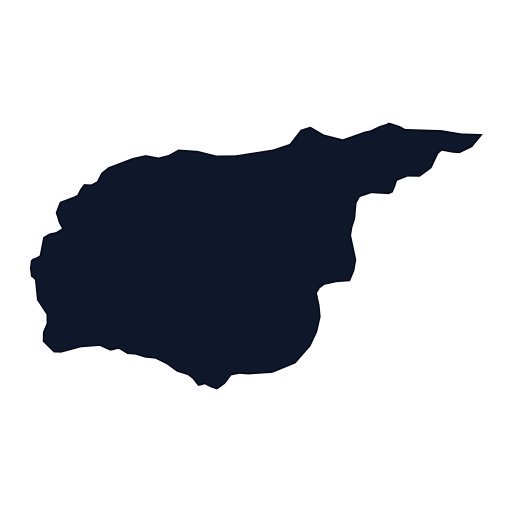 outline of Tunceli
{"feature_id": "TUR-3045", "entity_name": "Tunceli", "entity_type": "Province", "adm_level": 1, "iso_a3": "TUR", "parent_name": "Turkey", "parent_adm1": "", "projection": "equal_earth", "projection_center": [39.524, 39.174], "detail": "fine", "context": "isolated", "style": "filled", "palette": "ink", "viewbox_px": 512, "rotation_deg": 0, "n_neighbors": 0, "source": "natural_earth", "source_scale": "10m", "svg_char_len": 1422}
<svg xmlns="http://www.w3.org/2000/svg" viewBox="0 0 512 512"><path d="M388.4,123.4L390.9,123.9L400.1,127.0L404.9,129.7L441.4,130.9L461.2,134.2L481.3,134.8L471.7,146.5L459.4,152.4L453.1,152.0L441.6,149.9L437.7,153.2L430.9,167.6L419.5,176.0L407.5,175.8L396.4,180.2L394.4,186.5L392.0,191.9L388.6,193.4L371.4,192.4L359.4,196.4L355.8,202.8L354.4,218.7L351.7,226.9L350.3,235.4L355.5,259.7L353.6,270.6L349.5,280.5L336.3,281.4L323.9,284.2L319.3,287.7L316.1,292.8L318.8,305.3L319.9,316.7L316.4,331.8L309.9,345.7L295.0,362.7L272.1,372.1L248.2,373.7L239.4,373.0L230.8,374.7L224.5,383.2L217.0,388.6L210.9,386.6L204.9,383.5L200.6,384.7L198.5,385.1L193.0,378.1L188.2,374.4L177.3,371.0L166.8,363.4L155.5,357.9L145.4,356.9L135.4,353.8L127.6,353.3L119.9,348.5L117.5,348.2L112.6,349.5L110.2,349.8L99.8,345.1L80.4,346.6L61.1,351.9L54.1,351.7L43.5,341.2L43.7,332.2L47.4,323.5L47.2,314.2L37.7,299.7L35.7,279.7L33.7,277.6L31.7,276.1L30.7,268.5L31.6,260.9L33.5,259.1L34.9,258.9L40.3,256.2L43.9,237.7L49.7,234.2L56.3,232.8L63.0,228.7L59.6,222.6L56.5,212.7L60.4,202.5L75.0,197.0L77.9,195.4L80.7,189.9L84.3,184.9L91.3,185.2L97.5,182.0L102.0,173.3L108.7,167.9L132.9,158.7L145.8,155.9L158.6,158.3L168.9,155.7L178.6,150.3L197.5,151.6L216.2,156.3L235.6,156.1L272.9,150.3L290.1,144.6L301.1,130.4L310.3,127.5L323.5,135.2L342.7,140.1L365.3,132.2L370.4,131.2L379.7,126.8L387.5,124.4L388.4,123.4Z" fill="#0f172a" stroke="#020617" stroke-width="1.5"/></svg>